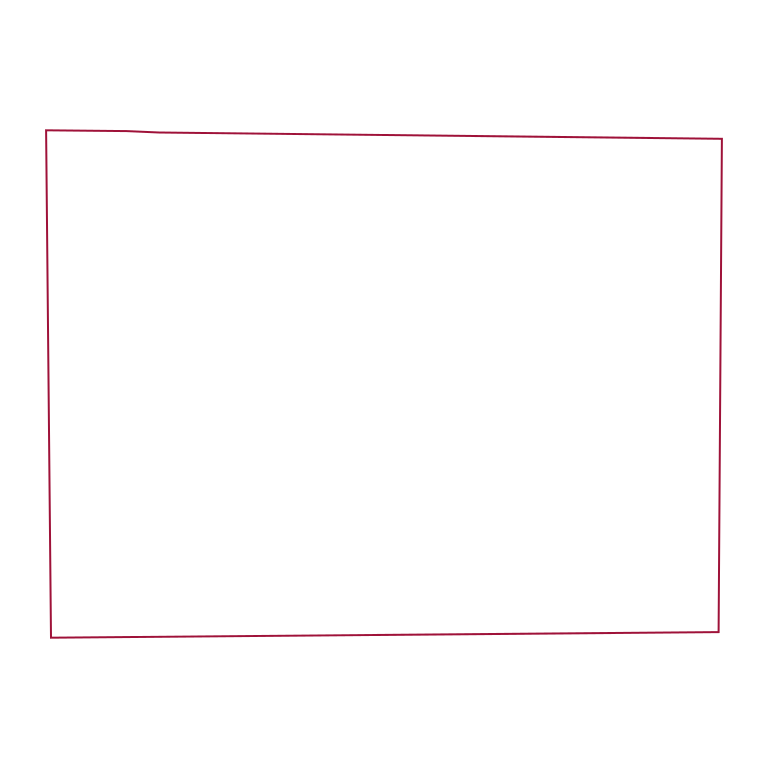 Zavala, Texas, United States of America (Robinson projection), rotated 180°
{"feature_id": "52423323B15496967187618", "entity_name": "Zavala", "entity_type": "district", "adm_level": 2, "iso_a3": "USA", "parent_name": "United States of America", "parent_adm1": "Texas", "projection": "robinson", "projection_center": [-99.64, 28.866], "detail": "fine", "context": "isolated", "style": "outline", "palette": "rose", "viewbox_px": 768, "rotation_deg": 180, "n_neighbors": 0, "source": "geoboundaries", "source_scale": "gbopen_adm2", "svg_char_len": 248}
<svg xmlns="http://www.w3.org/2000/svg" viewBox="0 0 768 768"><g transform="rotate(180 384 384)"><path d="M717.0,130.3L49.4,135.9L46.1,629.2L609.1,635.5L641.1,636.9L721.9,637.7L717.0,130.3Z" fill="none" stroke="#9f1239" stroke-width="2"/></g></svg>